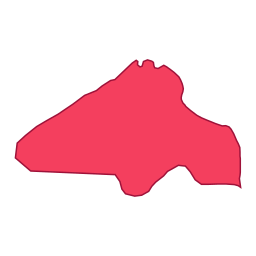 Saratok, Sarawak, Malaysia (orthographic projection)
{"feature_id": "92858781B50992839087050", "entity_name": "Saratok", "entity_type": "district", "adm_level": 2, "iso_a3": "MYS", "parent_name": "Malaysia", "parent_adm1": "Sarawak", "projection": "orthographic", "projection_center": [111.486, 1.78], "detail": "fine", "context": "isolated", "style": "filled", "palette": "rose", "viewbox_px": 256, "rotation_deg": 0, "n_neighbors": 0, "source": "geoboundaries", "source_scale": "gbopen_adm2", "svg_char_len": 1179}
<svg xmlns="http://www.w3.org/2000/svg" viewBox="0 0 256 256"><path d="M240.6,187.3L239.4,178.6L240.0,175.3L240.3,172.3L240.3,158.5L240.0,156.2L240.0,152.0L239.8,147.5L238.2,143.6L236.6,140.6L233.7,133.8L231.0,129.1L229.0,126.9L225.8,125.7L222.2,125.9L219.5,125.0L215.2,123.5L211.3,121.9L206.8,120.1L201.4,117.8L196.8,115.3L190.5,110.5L185.8,106.5L184.8,104.9L183.0,103.1L181.4,99.7L181.2,97.7L181.7,94.9L182.8,91.8L183.3,88.8L182.8,86.1L182.1,83.6L180.5,79.8L178.8,76.8L174.2,72.5L169.9,69.2L168.6,68.3L166.7,66.9L163.8,65.3L158.1,68.5L154.7,67.8L153.9,65.8L153.4,62.4L151.8,61.2L147.5,59.9L143.5,61.5L142.7,64.2L142.1,66.2L140.0,66.9L137.5,64.8L137.8,61.5L136.2,60.3L132.3,63.0L119.5,75.2L114.9,79.6L110.6,80.5L102.2,85.9L96.4,90.6L84.6,95.4L72.9,104.2L66.5,108.5L58.1,114.2L46.4,120.8L36.6,126.6L25.5,135.5L17.2,143.1L15.4,157.9L30.7,171.0L114.4,174.6L115.1,174.5L119.9,181.5L121.9,189.1L125.5,193.8L134.7,196.1L141.7,195.2L148.7,191.3L151.8,186.3L155.7,182.1L163.6,175.9L167.5,171.4L178.4,165.3L185.4,166.1L190.2,171.7L195.2,179.8L201.4,184.3L208.4,184.3L217.6,184.0L226.3,184.0L234.4,184.6L238.3,185.7L240.6,187.3Z" fill="#f43f5e" stroke="#9f1239" stroke-width="1.5"/></svg>